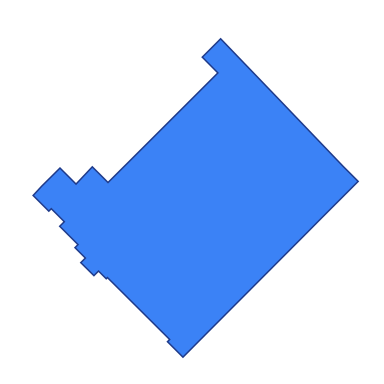 Hill, Montana, United States of America (Equal Earth projection), rotated 135°
{"feature_id": "52423323B64046632400523", "entity_name": "Hill", "entity_type": "district", "adm_level": 2, "iso_a3": "USA", "parent_name": "United States of America", "parent_adm1": "Montana", "projection": "equal_earth", "projection_center": [-109.883, 48.566], "detail": "fine", "context": "isolated", "style": "filled", "palette": "blue", "viewbox_px": 384, "rotation_deg": 135, "n_neighbors": 0, "source": "geoboundaries", "source_scale": "gbopen_adm2", "svg_char_len": 611}
<svg xmlns="http://www.w3.org/2000/svg" viewBox="0 0 384 384"><g transform="rotate(135 192 192)"><path d="M315.2,81.6L279.4,81.7L207.9,81.8L142.2,81.9L119.3,82.0L109.0,82.0L99.9,82.0L67.0,82.0L67.0,103.4L65.1,191.7L63.4,280.1L89.4,280.1L89.5,257.9L201.5,258.0L211.2,258.0L244.7,258.1L244.7,280.3L268.4,279.6L268.4,298.6L268.4,302.3L294.1,302.4L306.8,301.9L306.8,279.7L303.3,279.7L303.3,261.3L309.8,261.3L309.8,235.4L314.1,235.4L314.1,220.7L320.6,220.7L320.5,202.2L314.0,202.2L314.0,192.6L314.0,191.3L312.3,191.3L312.1,103.5L315.2,103.5L315.2,81.6Z" fill="#3b82f6" stroke="#1e3a8a" stroke-width="1.5"/></g></svg>